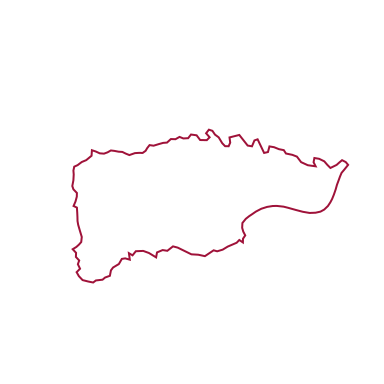 the district of Caiçara, Rio Grande do Sul, Brazil, rotated 143°
{"feature_id": "56859067B15566329733974", "entity_name": "Caiçara", "entity_type": "district", "adm_level": 2, "iso_a3": "BRA", "parent_name": "Brazil", "parent_adm1": "Rio Grande do Sul", "projection": "mercator", "projection_center": [-53.474, -27.247], "detail": "fine", "context": "isolated", "style": "outline", "palette": "rose", "viewbox_px": 384, "rotation_deg": 143, "n_neighbors": 0, "source": "geoboundaries", "source_scale": "gbopen_adm2", "svg_char_len": 2158}
<svg xmlns="http://www.w3.org/2000/svg" viewBox="0 0 384 384"><g transform="rotate(143 192 192)"><path d="M51.0,119.7L51.2,123.4L53.0,127.1L56.8,126.9L60.2,126.6L67.0,127.9L67.6,132.4L67.9,136.9L70.5,142.0L73.8,145.5L77.0,142.6L77.8,138.1L83.4,143.7L86.9,150.2L86.9,157.1L89.5,161.3L93.8,166.2L93.5,170.2L96.8,173.9L99.5,178.4L102.7,181.8L107.3,178.2L110.9,179.8L107.9,194.6L111.1,195.6L116.6,192.4L119.6,195.6L119.9,209.1L129.2,213.0L131.8,208.4L135.2,206.5L138.0,208.7L138.5,212.8L137.8,219.6L139.1,224.0L138.9,228.6L141.0,231.6L145.4,230.4L145.0,225.1L149.0,224.5L154.2,228.6L154.2,234.5L158.2,238.5L162.7,237.3L166.7,240.0L168.8,243.5L173.4,244.1L177.0,247.0L182.2,246.5L185.5,248.6L189.6,250.2L194.8,252.1L197.7,255.0L201.4,254.0L204.3,252.8L207.9,252.9L210.7,255.1L214.2,257.4L219.8,259.2L221.9,262.7L223.5,265.9L226.4,268.4L229.2,271.5L231.8,274.0L235.6,274.5L239.2,275.6L242.4,278.4L244.5,282.3L246.8,285.6L250.4,281.4L257.3,281.1L262.0,282.3L267.2,282.3L270.8,283.1L273.8,280.5L275.9,277.2L279.7,272.7L284.0,268.8L285.1,265.5L284.5,260.5L286.8,257.6L290.8,254.5L295.0,252.1L293.3,248.8L296.0,244.7L298.6,240.9L300.9,237.7L302.6,234.4L304.7,228.9L307.1,222.4L310.6,218.7L314.0,218.0L317.4,217.7L321.7,218.1L321.2,213.2L323.8,210.0L323.3,205.2L326.6,203.0L327.6,198.1L332.4,197.4L333.0,192.9L332.4,187.5L328.7,182.9L325.4,179.2L322.0,179.2L316.2,175.8L312.9,176.0L308.0,174.5L303.9,178.2L300.5,179.2L293.7,178.5L288.3,180.8L285.3,179.2L282.4,175.4L279.2,181.1L277.6,177.2L272.5,178.5L266.4,174.3L263.1,169.2L260.0,161.4L256.3,164.8L250.4,163.3L247.1,159.9L239.9,160.0L236.9,156.2L230.0,142.6L224.7,138.1L220.3,133.0L213.2,132.6L209.8,132.4L207.6,129.5L202.2,127.5L196.3,126.9L186.9,124.6L183.1,125.2L181.7,121.1L179.4,124.0L175.6,125.3L174.9,129.5L173.5,133.2L170.4,136.9L165.2,138.2L160.8,138.3L157.5,138.1L152.7,137.9L146.7,136.9L141.0,134.9L135.9,132.2L132.6,129.8L127.7,125.2L124.8,121.6L119.6,114.8L115.4,109.5L110.7,104.5L105.8,101.1L101.2,99.0L97.0,98.4L91.9,99.0L87.7,100.5L84.3,102.1L80.3,104.5L75.7,107.6L71.9,110.5L68.3,112.8L64.6,115.2L61.0,117.3L57.4,118.1L54.2,118.9L51.0,119.7Z" fill="none" stroke="#9f1239" stroke-width="2"/></g></svg>